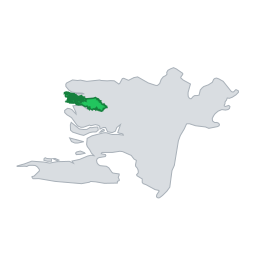 Bagerhat, Khulna, Bangladesh (highlighted), rotated 101°
{"feature_id": "16705992B77600989823530", "entity_name": "Bagerhat", "entity_type": "district", "adm_level": 2, "iso_a3": "BGD", "parent_name": "Bangladesh", "parent_adm1": "Khulna", "projection": "natural_earth1", "projection_center": [89.774, 22.348], "detail": "fine", "context": "in_parent", "style": "filled", "palette": "green", "viewbox_px": 256, "rotation_deg": 101, "n_neighbors": 0, "source": "geoboundaries", "source_scale": "gbopen_adm2", "svg_char_len": 9455}
<svg xmlns="http://www.w3.org/2000/svg" viewBox="0 0 256 256"><g transform="rotate(101 128 128)"><path d="M90.1,183.8L90.1,177.4L86.3,164.9L86.5,163.5L85.7,157.5L84.8,154.1L84.3,150.5L86.6,145.4L85.7,144.6L80.6,143.0L80.0,141.7L81.1,136.6L77.4,131.8L76.0,128.3L79.9,116.7L80.9,108.7L80.6,107.2L78.3,105.4L74.0,104.7L71.1,103.2L69.3,100.9L67.8,100.0L66.0,100.6L63.7,99.8L61.8,97.5L60.1,94.8L60.8,91.8L63.9,84.7L65.0,84.5L67.7,85.8L68.7,85.8L70.4,83.0L72.9,75.1L81.4,75.8L83.4,75.5L85.6,74.9L86.7,73.9L87.4,72.6L87.2,71.5L84.6,70.0L83.5,68.8L82.8,65.7L82.1,64.5L76.9,64.3L74.3,62.8L72.8,61.5L70.2,57.2L67.0,53.9L63.9,53.2L62.7,52.1L62.1,50.5L62.5,48.1L64.0,43.5L72.5,33.5L72.7,32.4L72.4,31.2L69.9,29.6L69.8,28.8L70.5,26.7L71.9,26.4L74.8,28.3L77.8,31.4L79.5,34.1L79.6,36.3L81.9,36.7L83.8,37.7L85.8,37.4L87.1,37.9L88.0,37.7L88.3,36.5L86.6,33.4L87.5,32.0L89.4,32.1L90.8,33.3L91.8,35.7L92.0,39.4L94.3,42.8L97.3,45.2L99.6,46.3L102.5,47.1L104.9,46.4L106.1,44.0L105.6,41.9L106.0,40.0L106.9,39.0L108.4,39.0L109.6,40.5L112.9,48.6L112.2,52.2L112.9,62.0L112.1,68.5L112.6,71.0L113.2,71.4L118.2,72.6L125.4,75.2L130.9,76.1L155.9,75.4L161.4,76.7L178.1,75.7L182.6,77.8L187.6,81.2L190.4,83.7L190.9,85.1L190.6,86.3L189.7,87.0L188.0,87.0L184.0,85.4L183.4,85.9L183.3,89.7L180.2,99.5L179.7,102.5L178.6,103.7L175.3,104.3L173.2,110.0L172.3,110.7L170.1,109.4L168.8,109.6L167.1,110.2L165.4,111.5L164.2,113.1L162.9,113.6L158.2,113.6L157.3,116.2L154.3,119.6L152.2,128.8L152.4,131.6L155.0,138.8L156.8,148.3L157.5,149.3L158.4,149.4L158.4,145.0L159.3,144.5L160.4,144.9L162.6,150.8L163.8,152.3L165.8,152.7L168.0,151.8L169.6,150.1L170.3,148.2L169.7,141.9L170.7,139.3L174.5,135.4L175.1,134.2L174.8,127.9L176.2,127.7L178.2,128.2L180.6,126.6L181.3,126.6L182.4,128.2L184.1,128.0L186.8,140.6L187.0,149.5L187.6,154.5L188.6,155.6L191.5,163.0L194.3,189.2L194.7,205.8L195.9,211.5L194.9,212.7L194.0,213.0L193.1,211.0L187.0,206.8L185.5,207.2L183.4,209.6L182.5,211.9L182.9,215.1L183.6,218.2L185.1,220.0L185.2,222.0L186.9,229.5L186.4,229.6L183.0,222.8L178.9,216.1L177.5,204.1L177.4,198.2L174.6,191.2L171.9,179.1L173.0,174.8L171.1,176.6L168.0,169.4L163.2,162.2L161.8,159.1L161.7,156.0L159.6,159.1L156.8,161.3L153.9,164.5L152.0,165.5L146.0,166.1L142.5,161.8L137.4,151.1L136.8,148.7L137.4,142.4L136.2,136.4L135.9,131.2L135.0,131.7L134.6,133.1L134.8,135.3L134.4,137.2L126.0,136.0L129.6,139.1L133.5,139.8L135.5,142.6L135.6,147.3L131.8,150.1L132.2,152.4L134.4,155.3L131.7,156.1L131.0,158.0L130.9,160.7L132.8,164.8L132.5,166.4L135.7,171.8L136.3,174.4L135.5,178.0L128.6,185.4L126.6,190.6L124.9,193.1L122.8,193.5L120.2,191.1L120.2,188.5L120.7,186.5L124.3,181.6L122.4,182.2L116.8,186.3L115.7,183.0L115.0,180.0L115.0,176.3L117.7,170.7L114.6,173.5L113.8,176.9L114.2,181.0L113.8,183.9L112.6,187.7L110.9,189.9L108.3,191.4L107.2,193.6L105.4,195.3L104.8,187.7L102.9,177.4L102.5,179.6L103.4,186.0L103.4,190.1L102.0,193.4L99.1,196.9L96.8,197.4L95.5,196.8L91.4,191.6L91.0,186.6L90.1,183.8ZM141.1,184.0L135.9,185.2L133.3,184.8L138.2,175.6L138.0,171.5L137.2,168.1L134.8,165.4L134.6,163.5L133.5,160.8L132.9,157.8L135.7,156.8L137.9,158.5L138.7,162.0L139.8,164.7L143.7,170.1L143.6,173.4L142.6,181.5L141.1,184.0ZM152.1,180.9L148.9,183.4L149.9,168.8L152.3,174.3L152.9,177.2L152.1,180.9ZM164.0,173.7L162.6,174.7L161.3,173.8L159.7,170.4L160.5,166.1L161.0,165.4L163.0,169.9L164.0,173.7ZM175.7,204.4L173.9,204.5L173.0,203.5L173.4,202.0L172.9,197.3L175.2,196.8L176.0,200.8L175.7,204.4ZM173.7,191.2L172.4,195.9L171.8,193.8L172.7,189.7L173.7,191.2ZM137.0,153.3L137.5,154.8L134.7,152.8L133.9,151.4L135.2,150.7L137.0,153.3Z" fill="#d9dde1" stroke="#a8b0b8" stroke-width="1"/><path d="M112.3,154.0L111.9,152.6L110.7,153.2L110.8,153.9L110.1,154.9L110.5,154.8L109.9,155.4L110.1,155.6L109.6,155.8L109.7,156.3L109.1,156.4L109.8,157.3L109.6,158.1L108.6,158.6L107.9,160.6L107.6,159.9L107.2,160.3L106.7,159.9L106.3,161.7L105.9,161.9L106.4,162.4L105.4,162.8L105.7,163.6L105.0,163.3L104.9,164.6L104.3,165.7L105.4,167.6L107.4,174.8L106.8,176.5L107.1,176.8L106.8,177.3L107.0,177.3L106.8,177.7L106.6,177.6L106.9,178.1L106.5,178.4L106.8,178.6L107.0,179.5L106.9,179.6L106.4,179.0L106.9,180.1L106.5,180.8L107.6,181.4L107.7,181.6L107.8,181.9L108.1,181.9L108.0,182.2L108.4,182.0L108.6,182.1L108.7,182.4L108.7,182.8L108.3,183.6L108.8,183.6L108.7,183.9L108.4,184.0L108.8,184.7L109.4,184.6L109.5,182.5L109.0,180.8L109.1,180.4L109.6,180.5L109.6,180.1L109.0,180.3L109.0,179.6L108.9,179.5L108.6,179.8L108.6,178.7L108.0,178.7L107.6,178.5L107.4,178.4L107.5,178.3L108.2,178.3L108.5,178.1L107.9,177.9L108.3,177.6L108.2,177.3L107.7,177.2L108.4,177.4L108.2,177.7L107.9,177.9L108.5,178.0L108.2,178.3L107.4,178.3L108.6,178.7L108.5,179.8L108.9,179.4L109.1,179.6L110.3,177.4L109.4,177.5L109.3,177.3L109.4,176.3L109.0,176.0L108.6,175.3L108.3,174.3L107.5,174.3L108.3,174.2L109.3,176.1L109.4,175.1L109.7,174.8L109.4,177.3L110.4,177.3L109.0,180.2L109.5,179.9L109.7,180.1L109.6,180.6L109.1,180.7L109.6,182.5L110.5,182.3L110.5,181.4L110.6,180.6L110.2,180.3L110.2,180.0L110.3,179.3L110.8,180.1L110.9,178.9L111.1,178.5L110.9,178.3L110.9,178.2L111.1,177.9L110.9,178.2L111.1,178.5L110.8,180.1L110.7,180.2L110.4,179.7L110.2,180.1L110.7,180.5L110.6,182.2L111.0,182.4L111.5,183.8L112.3,184.6L113.3,182.8L112.5,182.2L112.7,181.8L113.2,181.4L112.4,179.8L112.5,179.4L113.3,181.3L112.6,182.0L113.3,182.6L113.5,183.0L112.4,184.5L113.5,184.9L114.7,183.1L114.5,180.9L114.7,180.7L113.9,177.6L115.2,174.0L114.3,172.4L115.2,171.5L116.2,171.4L116.5,170.7L116.1,170.3L115.0,170.4L114.6,169.6L115.4,169.3L116.9,169.8L117.2,169.5L115.9,169.2L116.8,167.6L117.0,166.3L115.8,165.8L116.0,164.6L114.9,163.8L115.1,163.4L115.6,163.9L116.3,163.2L114.0,162.6L115.3,161.6L116.1,161.7L116.1,160.7L115.6,160.7L115.3,160.0L116.3,159.5L115.6,159.0L116.5,158.1L116.5,157.0L115.8,156.7L115.7,156.1L113.7,155.9L114.1,155.4L112.3,154.0ZM112.7,185.1L111.5,184.0L111.4,184.4L110.8,184.8L110.8,185.1L110.5,185.3L110.6,185.8L110.9,185.8L111.1,186.0L110.5,186.5L110.8,186.9L110.8,187.2L110.4,187.4L110.7,187.7L110.7,188.0L109.7,188.5L110.0,189.2L110.3,188.8L111.3,188.8L111.2,188.4L111.3,188.6L111.3,188.8L111.0,188.9L110.2,188.9L110.2,189.9L109.8,190.4L110.3,190.9L110.7,192.2L111.4,192.3L111.6,191.9L111.7,191.1L110.9,191.1L110.7,190.8L111.7,191.1L111.5,190.4L111.8,190.3L111.7,189.9L111.5,190.3L111.4,190.3L111.3,189.8L111.4,189.3L111.4,190.3L111.7,189.9L111.9,190.3L111.6,190.4L111.8,190.7L111.7,191.7L111.9,191.4L112.1,191.5L112.3,191.3L112.5,191.4L112.6,190.9L112.5,191.4L112.1,191.6L111.9,191.5L111.4,192.7L111.6,192.9L113.4,192.2L113.3,191.4L113.6,190.9L112.4,189.9L112.5,189.4L112.6,189.2L113.5,188.6L112.3,187.5L112.5,187.3L113.4,186.8L113.4,186.4L113.0,185.8L112.9,185.3L112.2,185.2L112.1,185.3L112.2,185.6L112.1,185.2L112.7,185.1ZM106.8,189.0L105.5,189.4L105.6,189.5L104.8,191.1L105.0,192.0L106.1,191.6L105.7,191.0L105.8,190.8L106.1,190.6L106.4,190.9L105.8,190.9L106.2,191.6L105.0,192.1L106.8,194.1L106.6,195.4L108.4,195.7L109.2,195.1L109.2,194.3L107.1,191.9L107.1,191.2L107.7,190.3L106.8,189.0ZM106.9,181.2L106.3,184.0L107.2,183.5L107.8,183.6L107.9,184.1L107.7,184.6L108.1,184.5L108.3,185.1L107.9,185.8L108.1,186.4L108.0,187.0L107.5,187.4L107.0,187.1L107.1,187.8L107.6,187.6L107.8,187.8L107.7,188.5L107.2,189.0L108.0,190.5L108.6,189.8L108.9,188.6L108.6,187.5L109.2,186.0L108.5,185.4L108.7,184.8L108.3,184.0L108.8,183.7L108.2,183.6L108.5,182.1L108.0,182.3L108.0,182.1L108.1,181.9L107.8,181.9L107.3,181.3L106.9,181.2ZM107.8,183.6L106.3,184.1L106.2,184.0L106.2,183.9L105.5,185.4L105.7,185.5L106.1,185.7L106.0,185.2L106.4,185.2L106.4,184.8L106.5,185.2L106.4,185.2L106.1,185.2L106.1,185.7L105.4,185.7L107.3,186.0L107.0,185.8L106.9,185.6L107.0,185.0L107.1,184.8L107.3,184.8L106.9,185.7L107.5,186.0L107.4,186.1L106.8,186.2L106.3,186.1L106.5,186.3L106.6,186.5L106.5,187.0L106.0,187.6L105.2,188.0L105.9,188.8L107.1,188.9L107.6,188.3L107.6,187.7L107.1,187.8L106.9,187.1L107.2,187.0L107.5,187.4L107.9,186.9L107.9,185.8L108.3,185.2L108.1,184.6L107.7,184.6L107.8,183.6ZM110.7,182.4L109.7,182.6L109.6,184.5L108.6,185.3L109.4,185.9L109.2,186.8L109.5,186.8L109.5,187.6L110.0,187.8L110.1,188.2L110.6,188.0L110.3,187.4L110.7,187.1L110.5,186.5L111.0,186.0L110.5,185.8L110.4,185.3L111.4,184.0L110.7,182.4ZM109.9,188.1L109.4,187.6L109.4,186.9L109.2,186.9L108.9,187.4L109.1,189.1L108.0,191.1L108.5,192.8L109.5,192.5L108.9,192.2L109.2,192.1L109.1,191.8L109.3,191.9L109.4,191.3L109.6,191.0L109.3,191.9L109.2,191.9L109.2,192.1L109.5,192.5L109.3,192.6L109.5,192.9L110.5,192.7L110.5,191.8L109.6,190.5L110.1,189.6L109.6,188.6L109.9,188.1ZM104.7,192.4L104.3,193.3L104.8,194.1L104.5,194.8L104.8,195.1L104.4,195.1L104.7,196.0L105.4,197.1L106.5,197.0L105.9,195.4L106.4,194.9L106.4,194.1L104.7,192.4ZM113.7,191.5L114.5,190.2L113.9,186.1L113.2,185.3L113.0,185.6L113.4,186.2L113.5,186.9L112.4,187.5L113.6,188.6L112.5,189.8L113.6,190.8L113.7,191.5ZM106.6,177.7L106.8,177.3L106.7,177.2L107.0,176.8L106.7,176.6L106.1,177.4L106.1,179.1L105.0,179.7L106.5,182.6L106.7,181.2L106.5,180.8L106.9,180.1L106.3,179.1L106.9,179.5L106.4,178.4L106.9,178.1L106.6,177.7ZM105.5,189.1L105.8,188.7L105.2,188.0L106.1,187.4L106.5,186.5L105.4,185.8L104.8,188.4L105.5,189.1ZM104.7,191.3L105.4,189.4L104.7,188.5L104.8,190.1L104.7,191.3ZM107.9,192.1L108.1,191.7L107.6,190.7L107.2,191.5L107.9,192.1ZM113.4,193.1L113.4,193.8L113.6,193.9L113.9,193.8L113.4,193.1ZM114.0,192.9L114.1,192.3L113.8,192.1L113.8,192.5L114.0,192.9ZM114.9,181.8L114.8,181.2L114.9,181.9L114.9,181.8ZM105.4,189.5L105.5,189.4L105.4,189.5Z" fill="#22c55e" stroke="#15803d" stroke-width="1.5"/></g></svg>